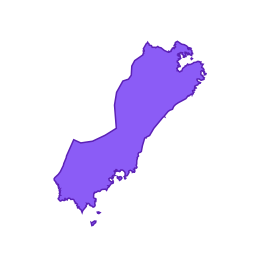 the district of Zambales, Zambales, Philippines, rotated 233°
{"feature_id": "2640588B17055181338626", "entity_name": "Zambales", "entity_type": "district", "adm_level": 2, "iso_a3": "PHL", "parent_name": "Philippines", "parent_adm1": "Zambales", "projection": "mercator", "projection_center": [120.051, 15.306], "detail": "fine", "context": "isolated", "style": "filled", "palette": "violet", "viewbox_px": 256, "rotation_deg": 233, "n_neighbors": 0, "source": "geoboundaries", "source_scale": "gbopen_adm2", "svg_char_len": 5804}
<svg xmlns="http://www.w3.org/2000/svg" viewBox="0 0 256 256"><g transform="rotate(233 128 128)"><path d="M184.3,194.7L184.4,193.5L182.0,187.9L180.1,187.6L179.6,187.0L180.2,186.5L178.1,185.3L178.1,184.5L177.4,183.8L177.8,173.9L175.2,168.3L168.2,162.4L166.7,157.8L168.6,152.2L163.4,140.4L154.4,131.0L134.8,118.5L136.0,105.2L138.8,91.7L144.5,81.3L151.3,77.6L142.7,62.1L141.4,60.7L138.3,55.4L136.9,53.7L133.9,47.8L132.9,44.5L132.4,39.7L131.9,38.4L130.6,37.7L128.3,37.9L127.6,37.4L126.7,37.9L126.0,37.4L124.8,38.4L124.2,38.2L124.1,37.3L122.2,37.3L122.4,36.7L121.6,36.3L120.1,36.2L120.0,36.8L119.3,35.3L118.5,35.2L118.3,35.8L117.8,35.0L117.4,35.0L117.3,33.9L116.5,34.1L115.7,33.0L115.0,33.4L115.3,32.3L113.9,31.2L113.8,29.9L113.3,29.6L110.8,29.8L110.2,30.2L110.0,32.2L108.5,33.3L108.3,34.4L109.4,34.7L109.6,35.3L108.0,35.4L108.0,36.2L107.2,36.3L107.9,37.6L107.7,38.3L106.9,39.2L105.4,39.3L104.2,41.2L102.7,41.6L101.2,40.9L100.2,41.4L99.4,40.6L98.7,41.4L97.6,41.7L96.8,40.3L94.9,41.2L94.9,39.9L94.5,39.7L93.3,41.0L92.3,40.8L91.0,41.3L88.1,40.5L89.2,42.0L90.5,47.5L91.4,47.8L91.7,49.4L92.4,49.6L92.0,49.8L91.9,50.7L91.2,51.4L91.3,51.8L90.8,51.2L89.9,51.5L89.6,51.0L88.9,51.1L87.3,52.2L85.8,52.5L85.4,54.0L86.2,55.4L87.3,55.7L88.5,56.8L89.5,58.6L89.0,57.3L89.2,57.2L90.0,58.7L89.4,58.7L90.5,59.7L91.1,59.7L92.0,58.8L93.3,58.7L96.1,61.1L96.5,62.0L96.1,61.9L96.3,63.1L95.7,64.3L95.8,65.7L95.5,66.4L94.7,66.7L94.3,67.7L94.7,69.3L94.5,70.3L92.7,73.2L91.1,73.4L92.3,75.5L92.5,77.5L93.7,77.4L93.3,77.9L92.7,77.8L93.6,80.9L92.9,82.8L93.2,83.4L94.0,83.7L93.3,84.1L94.5,83.7L95.4,84.9L94.5,83.7L94.8,82.9L95.3,83.2L94.8,82.8L95.0,82.2L97.7,81.6L99.0,82.2L98.9,83.8L98.1,84.4L97.2,84.4L96.7,85.0L97.9,85.6L97.9,85.9L97.2,86.4L97.3,86.5L98.1,86.3L98.7,87.2L99.0,86.8L99.1,87.3L98.3,87.8L98.0,88.8L98.4,88.5L99.0,89.0L99.5,90.2L100.4,90.9L101.8,91.0L101.6,91.9L100.6,91.6L100.7,92.1L101.8,92.7L102.0,93.4L101.6,93.7L101.2,93.1L100.4,93.1L100.8,93.8L99.9,93.7L99.8,94.1L98.3,94.9L98.1,95.6L98.7,96.1L98.4,97.2L98.6,97.3L97.6,98.4L95.2,98.9L93.9,98.7L91.7,97.1L91.5,95.7L91.0,95.9L91.2,97.0L90.5,98.4L90.8,99.7L91.9,102.1L92.8,102.3L93.0,103.1L93.6,103.5L93.1,103.4L92.8,104.4L91.0,105.3L90.0,104.8L89.9,105.9L89.3,105.9L88.8,106.5L89.2,107.3L89.9,107.4L90.3,108.2L91.4,107.9L91.2,108.3L92.0,109.1L90.9,110.6L91.2,111.5L93.4,112.2L93.9,113.2L96.7,115.4L98.2,117.3L98.9,117.6L99.3,119.6L100.6,120.0L101.4,120.7L101.8,121.7L101.2,123.1L101.2,124.5L105.2,128.9L109.8,135.1L109.9,135.8L109.3,136.5L109.6,136.6L109.6,137.8L109.0,140.7L112.2,148.4L115.5,162.2L115.5,163.8L115.1,164.0L115.7,164.1L117.1,169.9L117.0,172.1L116.2,174.8L117.7,177.5L118.1,180.1L117.9,183.5L116.6,191.9L117.6,195.3L117.4,195.9L116.9,195.9L117.0,198.9L116.5,199.3L115.9,199.1L116.4,199.9L116.1,200.7L116.8,201.0L116.9,202.0L118.1,201.6L119.0,202.1L118.5,203.3L117.9,203.5L118.1,204.2L118.6,204.1L119.7,205.0L118.9,206.5L119.5,206.6L120.4,205.8L121.2,206.4L121.0,208.5L120.4,209.5L121.0,210.9L120.3,212.6L120.6,213.2L122.9,211.8L125.0,212.0L125.5,212.7L124.3,214.4L122.7,214.8L121.7,215.7L121.8,216.8L121.2,217.4L121.2,218.2L122.0,218.6L122.2,219.1L122.7,218.7L123.3,219.0L124.0,218.7L124.8,218.7L125.0,219.2L126.3,218.4L127.4,218.6L128.3,219.7L129.1,219.9L129.5,221.1L129.2,222.0L128.6,221.8L127.6,222.3L127.0,222.1L127.1,222.9L127.9,222.8L128.9,223.8L130.4,224.0L132.0,223.3L133.2,224.9L133.7,226.4L135.5,224.7L136.9,225.9L137.1,225.3L137.9,225.1L137.9,224.6L138.9,224.3L139.5,223.3L139.3,222.5L140.7,220.0L140.6,218.7L141.1,216.2L142.0,215.0L142.0,214.4L143.2,214.1L142.7,212.3L142.0,212.3L142.8,212.0L143.1,211.0L142.8,210.9L142.7,210.4L142.7,207.6L141.2,205.2L141.8,204.0L141.6,203.1L143.2,202.4L143.6,202.7L144.4,202.3L144.5,202.8L144.5,202.2L145.1,202.7L145.5,202.1L145.4,202.5L146.3,202.8L146.5,204.9L147.9,205.5L147.6,206.4L148.0,207.2L149.9,207.5L150.1,207.0L150.8,207.0L151.8,207.5L151.7,208.6L152.1,209.4L151.7,210.3L151.9,211.7L152.4,211.2L152.2,212.0L155.3,213.5L155.5,213.0L155.1,213.0L155.1,212.5L155.3,212.6L155.6,212.5L155.1,212.3L155.7,212.2L154.9,212.1L155.1,211.8L155.3,211.7L155.4,212.0L155.4,211.7L155.5,212.0L155.5,211.6L155.6,212.0L155.5,211.6L155.9,211.6L156.2,212.8L156.5,212.4L156.5,212.9L157.0,212.8L156.8,213.8L156.4,213.8L156.7,214.1L156.4,215.2L156.9,215.3L156.4,215.3L156.5,215.6L155.3,216.8L154.7,215.6L152.4,216.0L151.2,214.8L150.7,215.4L151.5,216.1L151.5,216.5L150.2,217.1L150.4,217.7L152.5,218.5L153.7,218.6L154.2,219.2L153.2,220.1L151.6,219.9L152.0,220.3L151.7,220.7L150.7,220.6L150.4,220.2L150.0,220.9L151.1,221.5L150.3,221.8L149.1,221.7L147.6,222.4L148.9,223.6L148.4,224.3L148.8,224.6L149.6,224.4L151.4,225.5L153.6,225.3L153.7,226.3L154.0,226.2L155.8,224.7L154.5,224.5L154.1,223.9L154.4,223.5L155.5,223.5L156.8,224.4L158.3,224.2L160.7,223.1L162.6,221.3L167.5,219.6L167.8,217.3L166.8,216.2L166.3,216.2L166.6,215.7L166.1,214.5L165.1,215.0L164.2,214.8L164.3,213.4L163.9,213.5L163.7,212.8L164.8,212.8L164.6,212.2L165.0,211.9L165.0,211.3L164.5,211.0L164.5,209.8L163.9,209.4L163.8,208.4L163.4,208.3L163.9,207.1L164.6,206.8L163.9,206.3L164.2,205.8L168.0,203.7L172.1,202.7L174.0,201.1L175.2,200.9L175.4,198.5L176.0,198.4L177.9,195.9L179.7,196.3L181.4,194.9L182.8,195.4L183.3,195.1L184.6,195.3L184.3,194.7ZM71.8,40.4L71.4,41.4L71.9,43.5L71.9,45.2L72.9,46.3L73.9,45.3L74.1,41.9L74.7,41.7L71.8,40.4ZM94.6,89.4L92.3,90.0L91.3,89.7L91.1,91.1L91.7,93.1L93.0,93.1L93.9,92.5L94.1,92.1L93.8,91.2L95.7,90.3L94.6,89.4ZM78.3,52.5L77.2,53.2L77.2,54.8L78.7,54.0L79.3,52.8L78.3,52.5ZM124.4,221.1L123.9,222.2L124.5,223.1L126.3,221.9L124.4,221.1ZM90.3,95.2L89.3,94.9L89.0,95.3L89.2,96.1L90.5,95.6L90.3,95.2ZM144.6,219.9L144.6,221.2L145.7,220.9L145.6,220.2L144.6,219.9ZM146.1,206.0L145.7,206.4L145.8,206.8L146.2,206.9L146.1,206.0ZM127.0,222.4L126.3,222.1L126.3,222.3L127.0,222.4Z" fill="#8b5cf6" stroke="#5b21b6" stroke-width="1.5"/></g></svg>